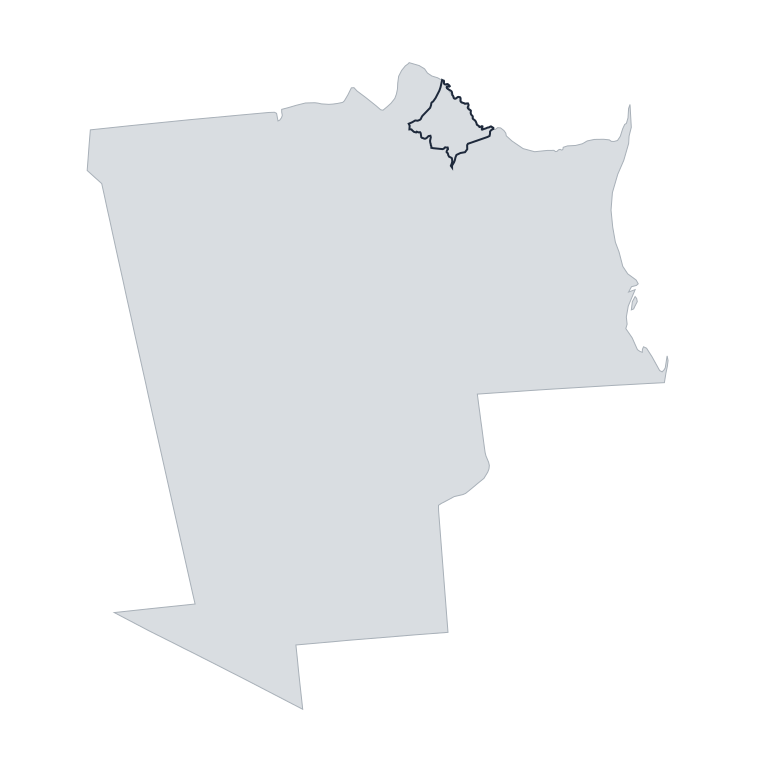 Gorgol on a map of Mauritania (orthographic projection), rotated 176°
{"feature_id": "MRT-2791", "entity_name": "Gorgol", "entity_type": "Region", "adm_level": 1, "iso_a3": "MRT", "parent_name": "Mauritania", "parent_adm1": "", "projection": "orthographic", "projection_center": [-12.986, 15.995], "detail": "fine", "context": "in_parent", "style": "outline", "palette": "slate", "viewbox_px": 768, "rotation_deg": 176, "n_neighbors": 0, "source": "natural_earth", "source_scale": "10m", "svg_char_len": 5980}
<svg xmlns="http://www.w3.org/2000/svg" viewBox="0 0 768 768"><g transform="rotate(176 384 384)"><path d="M327.8,699.6L326.7,699.2L321.5,695.5L319.0,691.2L314.8,687.9L309.1,685.7L305.4,683.2L303.7,680.4L301.6,678.5L299.3,677.6L299.1,676.5L299.6,675.2L299.1,672.6L295.8,666.8L292.6,664.2L290.0,664.6L288.5,663.9L287.6,662.6L287.2,660.8L285.4,659.2L282.2,658.5L279.7,654.2L277.8,646.4L275.3,640.3L272.3,635.9L270.1,634.3L268.5,634.0L268.0,633.3L267.5,632.0L265.2,631.6L261.8,632.9L258.8,632.4L257.4,630.3L255.3,630.1L252.7,631.8L249.8,631.3L246.7,628.5L245.0,625.7L244.7,623.0L239.3,617.4L228.8,609.1L217.5,605.2L205.1,605.6L198.2,605.2L196.7,603.9L195.2,604.0L193.6,605.4L192.0,605.8L190.3,604.9L189.2,605.5L188.7,607.6L184.4,608.7L176.1,608.6L169.4,609.8L164.3,612.3L157.1,613.3L147.8,612.8L142.2,611.8L140.3,610.2L137.6,609.9L134.1,610.6L131.0,614.6L128.1,621.9L125.8,626.1L124.0,627.1L122.0,632.5L120.8,641.7L119.1,645.7L119.4,622.8L122.2,614.3L123.2,606.8L129.2,590.4L136.2,576.9L142.8,559.0L145.4,541.6L144.9,524.5L143.3,509.3L140.3,499.2L137.6,484.7L133.2,476.9L125.2,470.1L123.4,466.2L125.4,464.7L130.3,463.8L133.6,458.7L126.9,460.6L134.9,444.7L137.6,433.9L137.3,426.7L138.9,422.4L133.2,412.7L128.8,400.6L126.5,398.7L124.1,397.6L123.8,400.5L122.5,403.0L119.6,401.4L114.8,392.6L108.1,378.2L105.7,376.7L103.6,378.6L102.3,380.5L99.6,392.3L99.0,387.6L100.1,382.0L102.0,375.2L104.2,365.8L110.3,365.9L121.2,366.1L142.9,366.4L153.8,366.6L175.6,366.8L186.4,366.9L208.2,367.1L219.1,367.2L240.9,367.3L251.8,367.3L273.5,367.4L284.4,367.4L291.6,367.4L291.2,360.6L290.9,355.3L290.4,348.1L290.0,340.9L289.5,333.8L289.1,327.1L288.7,320.4L288.3,314.1L287.9,308.4L287.3,305.1L285.1,298.6L284.6,295.4L285.2,292.0L286.7,288.8L290.9,282.9L297.3,278.4L304.6,273.1L310.2,269.2L313.0,268.2L321.8,266.8L328.6,263.7L335.3,260.8L338.1,259.2L338.4,253.6L337.5,131.8L370.0,131.6L378.5,131.5L438.2,130.8L446.7,130.6L490.1,129.8L489.9,124.1L489.6,115.9L489.3,104.6L488.9,93.3L488.1,73.5L487.8,65.2L496.5,70.5L514.0,81.2L522.7,86.5L540.2,97.2L557.8,107.8L575.4,118.4L584.3,123.7L593.1,129.0L602.0,134.2L610.8,139.5L628.6,150.0L636.0,154.4L647.5,161.5L658.2,168.1L669.0,174.8L653.0,175.4L631.6,176.2L616.9,176.7L601.9,177.2L587.8,177.7L589.6,189.1L591.5,201.6L593.4,214.1L595.3,226.6L597.2,239.1L602.9,276.6L604.8,289.2L606.7,301.7L608.6,314.3L610.5,326.8L614.3,351.9L616.2,364.5L618.1,377.1L620.0,389.7L621.8,402.3L623.7,414.8L627.5,440.0L629.4,452.6L631.2,465.2L633.1,477.8L635.0,490.4L636.8,503.0L638.7,515.7L640.6,528.3L644.3,553.5L646.1,566.1L648.0,578.7L649.8,591.4L651.6,603.6L657.6,609.8L665.2,617.7L663.5,629.2L661.5,643.0L659.2,658.0L639.0,658.7L619.1,659.4L569.3,660.9L559.3,661.2L509.4,662.3L499.4,662.5L480.1,662.9L474.3,662.7L472.3,661.5L471.4,653.8L469.7,654.4L467.7,656.7L466.7,659.1L467.1,662.4L466.9,665.1L460.5,666.3L451.8,668.2L442.7,669.8L433.4,669.4L430.3,668.8L426.9,667.8L419.5,666.8L415.5,666.8L410.9,667.1L405.6,667.8L403.8,669.2L399.8,675.0L395.9,681.7L393.3,681.7L390.4,678.1L382.4,671.2L372.6,662.2L368.2,657.8L365.9,657.2L361.3,660.5L357.4,663.6L353.3,668.1L351.4,672.3L350.0,677.3L349.3,683.2L347.9,690.0L344.5,695.6L340.6,699.8L337.6,701.7L336.5,702.8L327.8,699.6ZM130.5,448.8L127.4,453.7L126.0,451.7L125.6,448.5L128.4,443.9L129.7,441.5L132.1,440.7L130.5,448.8Z" fill="#d9dde1" stroke="#a8b0b8" stroke-width="1"/><path d="M259.6,633.5L259.3,633.4L259.1,633.4L258.8,633.1L258.7,633.0L258.4,632.9L258.2,632.7L257.9,632.3L257.4,632.1L257.1,632.0L257.0,631.4L257.2,630.8L258.2,630.4L259.6,629.6L260.6,628.4L260.8,626.2L261.4,624.1L263.5,623.2L283.5,617.8L284.4,616.5L284.6,612.4L287.0,609.6L291.6,609.1L295.7,607.5L296.9,605.1L297.7,602.4L298.6,600.4L300.9,597.1L301.0,595.2L302.1,597.0L301.1,599.0L300.4,601.1L300.4,603.4L300.6,604.6L301.7,605.4L303.2,606.2L303.9,607.7L304.1,609.0L304.5,610.1L305.3,610.7L305.3,611.7L304.7,612.9L303.8,613.7L303.8,614.6L304.0,615.5L304.6,615.5L305.5,615.5L306.1,615.8L306.8,615.7L307.9,614.6L309.1,614.2L318.4,615.8L320.3,616.3L320.2,617.9L320.6,618.7L320.7,620.5L321.0,621.3L321.1,623.4L320.1,626.9L320.4,628.4L322.3,628.2L324.1,626.6L325.0,626.1L326.0,625.8L326.9,626.0L327.7,626.5L328.8,626.8L329.6,627.6L329.9,631.7L330.5,632.7L332.2,632.6L333.0,633.1L333.8,633.4L334.0,633.1L334.4,632.7L336.5,633.4L338.3,635.2L338.8,636.0L339.8,636.2L340.9,636.2L340.4,639.9L341.2,641.9L337.7,643.1L334.5,644.7L332.0,644.3L329.8,645.0L328.7,645.9L328.1,647.2L327.1,648.7L318.7,656.3L317.6,658.9L317.2,660.9L316.4,661.8L315.3,662.4L312.6,665.7L308.3,672.8L306.9,676.1L304.8,683.2L304.4,682.9L303.2,682.5L303.1,682.3L303.0,681.9L303.0,681.5L303.2,680.2L303.2,679.7L303.1,679.4L302.8,679.0L302.4,678.7L301.9,678.5L301.4,678.5L300.3,678.8L299.8,678.8L299.4,678.6L299.0,678.3L297.9,677.1L297.6,676.5L298.1,676.1L299.7,676.3L300.6,676.2L300.8,675.4L300.5,674.6L299.9,674.0L296.9,671.9L296.3,671.3L295.9,670.5L295.8,669.7L295.7,668.0L295.7,667.6L295.4,667.2L294.9,666.5L294.8,666.2L294.6,664.8L294.4,664.3L294.1,664.0L293.3,663.6L292.6,663.7L291.8,664.1L291.2,664.6L290.5,665.1L289.7,665.2L288.2,664.8L288.0,664.6L287.8,664.1L287.7,663.7L287.7,663.2L288.0,661.3L287.9,660.6L287.5,660.0L287.0,659.5L286.4,659.2L285.2,658.8L284.9,658.7L284.0,658.0L283.6,657.9L282.9,657.9L281.4,658.1L280.7,658.1L280.2,656.9L280.2,656.4L280.2,656.0L280.4,655.6L281.1,654.4L281.2,654.0L281.2,653.7L281.0,653.2L280.4,652.4L280.1,652.0L279.7,651.7L278.9,651.3L278.6,651.0L278.3,650.7L278.3,650.2L278.4,649.8L278.5,649.4L278.6,648.9L278.6,648.0L278.4,647.1L278.0,646.3L277.1,645.3L276.9,645.0L276.8,644.6L276.8,644.2L277.0,643.3L277.0,642.9L276.9,642.5L276.6,642.1L275.4,641.1L274.9,640.7L274.6,640.2L274.2,639.7L273.6,637.9L273.5,637.5L273.4,636.7L273.3,636.3L273.0,635.9L271.7,635.0L271.4,634.7L271.1,634.0L270.8,633.7L270.1,633.7L268.3,634.4L267.8,634.1L267.9,633.3L268.7,631.7L268.6,631.0L268.3,630.9L268.0,630.9L267.7,631.0L267.1,631.3L264.5,631.9L263.0,632.5L262.6,632.6L261.5,632.6L261.3,632.7L259.9,633.4L259.6,633.5Z" fill="none" stroke="#1e293b" stroke-width="2"/></g></svg>